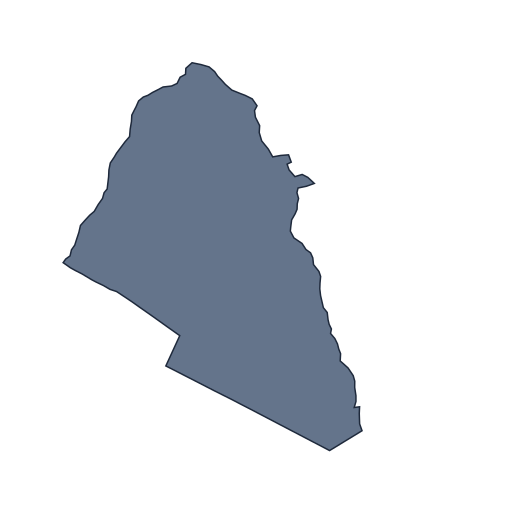 Içara, Santa Catarina, Brazil (Natural Earth projection), rotated 300°
{"feature_id": "56859067B6468412631318", "entity_name": "Içara", "entity_type": "district", "adm_level": 2, "iso_a3": "BRA", "parent_name": "Brazil", "parent_adm1": "Santa Catarina", "projection": "natural_earth1", "projection_center": [-49.261, -28.768], "detail": "fine", "context": "isolated", "style": "filled", "palette": "slate", "viewbox_px": 512, "rotation_deg": 300, "n_neighbors": 0, "source": "geoboundaries", "source_scale": "gbopen_adm2", "svg_char_len": 1733}
<svg xmlns="http://www.w3.org/2000/svg" viewBox="0 0 512 512"><g transform="rotate(300 256 256)"><path d="M157.7,435.2L162.4,429.7L171.2,424.2L177.2,421.1L173.9,416.8L180.0,415.3L185.0,412.4L191.5,407.2L197.0,404.1L201.0,400.0L205.1,391.6L207.2,381.4L213.7,378.1L216.8,374.2L220.6,370.5L223.9,365.6L226.2,359.3L230.5,357.8L233.4,353.5L236.8,350.3L242.7,345.9L244.9,340.2L253.9,331.8L259.4,327.7L264.7,324.9L270.6,322.2L274.1,318.2L277.3,310.1L282.8,306.1L286.0,301.7L286.6,296.0L289.9,289.6L290.6,279.8L294.7,273.3L298.9,271.4L305.1,268.8L312.0,268.8L317.0,268.2L321.9,265.6L327.1,264.1L331.3,259.8L335.9,258.4L341.6,264.8L348.0,270.2L350.0,261.5L349.7,255.2L344.2,250.0L347.1,241.6L351.1,237.0L354.9,239.6L359.9,233.6L355.5,227.2L350.2,220.9L354.7,213.3L358.5,203.4L364.5,197.1L370.7,194.0L375.9,186.1L381.2,182.0L386.6,181.8L390.2,174.2L389.7,166.3L388.8,160.7L387.6,152.1L389.3,143.6L391.1,138.1L392.6,132.9L395.0,128.0L396.3,120.8L394.3,112.7L391.4,104.0L383.5,101.4L378.1,104.1L372.9,100.9L366.0,101.4L361.0,97.9L355.9,91.0L350.0,87.3L345.9,84.6L341.2,82.1L337.3,78.9L331.6,76.8L325.4,77.5L320.9,77.7L315.9,78.0L310.2,80.9L303.0,83.6L296.2,86.8L289.5,85.5L275.3,83.8L270.8,83.8L263.7,83.3L257.0,85.6L250.8,88.8L239.6,93.6L234.9,92.8L229.1,94.3L221.7,93.6L213.7,93.6L208.2,91.6L202.0,90.2L194.7,88.7L187.9,90.8L180.7,92.3L174.8,93.6L169.1,93.1L163.1,94.9L158.2,92.7L153.8,92.3L153.0,101.2L153.1,106.9L153.5,114.2L153.3,125.5L153.5,130.9L154.1,138.2L154.1,146.2L155.5,153.0L155.0,161.3L154.4,170.5L153.5,180.3L152.1,196.2L150.3,214.8L148.9,229.8L115.7,232.9L117.1,259.8L118.5,288.4L119.1,298.2L119.6,306.6L120.0,315.9L120.5,326.3L124.3,417.0L138.8,424.9L157.7,435.2Z" fill="#64748b" stroke="#1e293b" stroke-width="1.5"/></g></svg>